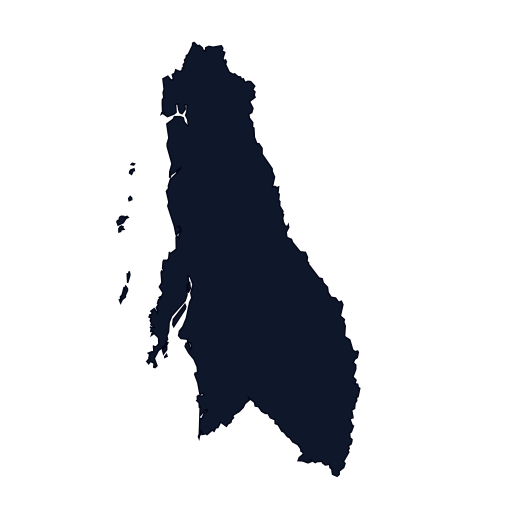 the district of Dawei, Tanintharyi, Myanmar, rotated 17°
{"feature_id": "60261553B72281625520368", "entity_name": "Dawei", "entity_type": "district", "adm_level": 2, "iso_a3": "MMR", "parent_name": "Myanmar", "parent_adm1": "Tanintharyi", "projection": "mercator", "projection_center": [98.324, 14.189], "detail": "fine", "context": "isolated", "style": "filled", "palette": "ink", "viewbox_px": 512, "rotation_deg": 17, "n_neighbors": 0, "source": "geoboundaries", "source_scale": "gbopen_adm2", "svg_char_len": 6139}
<svg xmlns="http://www.w3.org/2000/svg" viewBox="0 0 512 512"><g transform="rotate(17 256 256)"><path d="M119.1,109.8L115.2,113.8L119.4,123.3L119.4,126.9L121.5,131.4L120.8,133.9L121.9,137.9L124.2,144.4L125.7,145.5L124.1,146.1L124.0,148.0L125.1,146.8L130.6,148.6L136.1,144.2L137.6,141.9L134.7,134.4L136.8,133.4L139.5,139.0L141.5,141.3L143.7,141.5L145.4,136.3L143.6,132.0L145.8,131.4L147.7,138.1L147.5,142.0L150.6,145.2L153.1,150.6L152.3,151.6L148.1,148.6L146.1,145.2L142.9,144.8L137.3,146.6L136.7,149.6L132.1,155.8L138.2,168.6L138.2,174.7L139.1,177.3L148.7,192.4L148.9,200.4L150.3,205.7L150.9,206.0L150.8,203.5L158.1,193.7L158.3,195.0L155.0,198.9L156.7,198.8L151.7,208.3L151.7,214.6L152.7,216.9L151.4,220.3L157.0,230.0L157.0,233.9L169.1,251.2L173.3,259.0L174.8,257.5L174.7,255.7L175.5,256.1L176.5,255.0L176.3,253.5L174.3,250.7L171.3,250.6L174.8,250.3L177.3,254.1L176.4,259.1L177.0,261.5L174.8,260.6L174.4,259.4L174.2,261.6L177.8,272.7L173.2,279.2L172.0,277.4L173.3,284.0L172.4,286.2L169.1,287.0L168.8,288.5L170.3,295.2L171.7,296.2L171.2,298.9L170.1,298.2L170.1,299.5L173.8,309.0L172.6,313.8L178.0,318.4L177.3,323.7L176.5,322.9L175.6,323.9L176.6,325.0L175.6,326.3L175.6,329.9L176.8,330.8L175.8,334.7L178.1,337.1L178.4,339.5L174.0,336.1L171.6,339.5L172.9,340.1L173.5,342.3L171.7,343.3L171.6,345.6L173.9,345.9L173.8,348.8L175.9,350.8L175.6,352.5L179.3,353.4L179.2,354.6L175.4,354.9L177.0,355.5L177.4,358.9L179.4,358.6L180.2,360.0L179.2,360.7L179.2,362.4L181.2,359.8L186.7,362.6L188.8,368.5L187.1,371.9L184.5,372.6L184.0,371.5L186.1,376.6L185.8,378.2L184.6,377.9L181.4,380.4L183.1,381.1L183.4,384.7L184.2,384.8L182.4,388.7L184.9,390.4L185.8,387.6L190.0,388.3L190.7,392.2L192.1,392.2L193.4,389.9L188.7,383.7L190.3,375.0L195.4,367.6L194.8,365.0L195.8,361.4L194.1,358.6L194.5,354.1L192.3,344.9L192.9,337.9L201.3,319.5L201.4,313.7L198.5,303.3L200.2,300.8L199.1,300.3L196.6,294.9L199.3,295.3L204.1,301.7L204.5,310.5L206.9,314.9L206.1,319.6L207.6,336.0L206.7,345.2L204.7,350.2L205.3,354.8L208.3,356.8L215.0,355.6L215.7,358.2L218.8,358.2L221.1,361.7L220.7,364.5L217.3,359.3L214.7,359.8L214.6,363.1L220.0,368.3L226.9,372.9L232.2,379.2L233.8,383.2L233.5,385.6L232.1,385.6L232.0,387.1L237.3,394.0L242.9,404.7L245.4,402.8L246.8,404.0L245.6,405.9L241.7,406.2L240.9,407.7L242.1,410.4L241.6,411.6L244.5,413.0L246.1,417.2L246.8,416.8L249.1,425.4L252.0,418.8L254.0,417.1L254.6,418.1L252.5,421.2L251.7,427.9L249.7,427.5L253.9,443.1L253.7,445.5L254.8,446.9L254.5,444.2L255.5,442.0L254.2,439.0L255.6,439.1L256.8,442.4L260.2,440.5L261.4,441.1L265.0,435.3L267.2,435.9L267.6,432.4L269.7,431.1L270.7,425.1L277.5,427.5L278.2,424.9L280.6,422.4L280.4,420.0L281.8,417.2L280.5,416.2L281.0,414.5L285.4,409.6L288.0,404.6L288.6,400.4L291.8,395.4L290.5,393.7L297.4,396.4L299.1,399.7L302.4,399.3L306.9,402.9L310.9,403.8L313.5,403.0L317.0,406.5L322.1,407.0L323.3,410.6L326.6,410.9L331.8,415.9L334.5,416.3L338.8,419.5L341.5,419.9L345.5,423.0L351.1,424.1L354.9,427.0L356.3,429.7L357.7,429.6L359.3,431.5L356.3,436.1L356.1,439.4L360.4,438.3L366.2,438.6L368.8,436.5L368.2,435.2L373.2,436.2L374.4,434.8L379.4,433.0L380.2,434.4L383.4,435.6L387.2,433.7L388.7,436.8L390.7,437.5L393.0,442.3L398.0,442.9L399.4,440.5L398.4,437.4L401.7,432.7L401.8,428.4L399.7,426.9L402.1,416.3L400.6,415.1L401.4,413.0L399.8,410.2L401.7,408.5L401.9,406.2L401.5,403.5L399.0,402.3L397.3,398.0L398.6,396.3L398.9,390.1L397.2,389.4L393.4,384.4L396.1,382.3L392.5,375.4L394.8,373.0L393.7,367.8L394.6,365.0L393.4,362.0L394.7,360.7L393.9,352.2L392.2,351.8L390.7,348.9L388.0,349.3L387.9,345.4L384.0,343.3L384.5,335.1L383.2,331.0L380.2,329.6L380.5,326.0L382.5,323.5L382.0,318.1L381.0,317.2L378.5,318.6L375.9,317.5L370.2,308.8L364.2,307.1L361.8,296.9L359.2,293.4L359.1,290.9L354.2,288.8L353.3,277.1L350.8,274.3L348.6,276.2L344.4,272.9L339.8,273.5L335.6,269.7L333.5,265.0L328.1,262.0L325.9,258.4L322.6,258.6L308.4,248.4L308.4,247.3L306.2,246.0L305.6,242.2L302.2,238.1L297.0,239.1L287.1,232.4L285.0,229.7L280.1,229.3L277.9,224.5L278.9,219.1L277.8,216.9L277.6,218.5L275.2,218.9L272.2,215.6L270.4,211.9L270.2,208.2L268.7,207.8L268.8,205.5L264.0,201.2L262.8,196.8L261.3,196.1L260.1,190.1L258.6,189.7L257.4,183.4L256.1,184.6L253.7,183.9L251.5,185.4L250.6,175.0L246.7,170.3L245.9,167.8L232.0,156.8L230.3,151.2L225.9,147.7L224.0,148.4L219.7,142.9L216.6,134.3L215.0,133.9L213.8,129.3L209.4,126.1L207.6,122.5L210.0,120.1L209.9,115.6L204.6,110.2L208.7,104.4L207.2,102.7L207.0,99.3L204.2,97.9L205.1,93.9L199.9,90.8L197.2,91.3L194.8,93.3L192.0,90.2L190.6,91.4L188.8,89.3L186.4,89.8L182.3,88.0L181.0,89.0L176.7,88.1L170.8,81.6L170.9,80.2L169.8,79.8L170.8,78.8L169.5,77.4L167.8,78.6L166.6,76.7L166.6,70.4L163.7,70.0L163.5,67.0L161.4,65.1L153.9,68.9L149.6,69.3L147.1,71.5L147.7,74.8L145.4,74.8L143.6,72.6L140.2,71.1L138.8,72.2L134.4,69.9L133.2,71.0L133.8,73.2L132.3,83.1L130.8,84.7L131.4,87.4L130.3,89.3L131.6,91.6L130.5,94.2L131.8,97.1L130.7,97.7L131.1,100.3L129.1,101.9L124.8,101.4L124.9,105.1L122.9,106.9L125.3,111.0L124.3,112.1L123.2,112.6L119.1,109.8ZM198.0,347.6L203.8,327.3L203.6,324.8L202.2,323.1L195.5,340.7L196.5,346.0L198.0,347.6ZM142.6,324.8L140.2,322.9L139.9,325.9L139.0,324.3L139.4,332.3L138.3,334.7L139.4,337.5L138.2,337.9L140.3,340.5L140.8,336.9L143.1,333.4L142.5,331.7L143.2,326.5L142.6,324.8ZM120.7,258.1L122.5,256.5L121.1,255.8L118.5,257.6L117.9,256.8L115.5,257.4L114.3,258.9L114.6,262.3L113.2,262.6L113.0,264.0L115.1,266.8L119.3,263.0L120.7,258.1ZM196.2,376.7L198.0,371.8L197.2,368.9L196.4,368.7L193.7,372.6L196.2,376.7ZM141.1,319.2L141.0,311.1L139.3,307.7L139.3,310.1L138.1,310.8L141.1,319.2ZM120.4,267.0L118.6,266.7L117.5,267.8L116.9,270.1L117.9,273.1L119.4,272.1L119.3,270.4L121.9,269.1L120.4,268.3L120.4,267.0ZM202.0,310.2L202.7,306.2L200.8,302.1L199.2,303.4L201.1,309.8L202.0,310.2ZM113.1,214.3L113.7,210.3L114.7,209.9L113.8,208.3L111.0,210.4L110.6,212.1L110.8,213.6L112.3,214.1L113.1,214.3ZM118.5,240.2L120.7,238.4L120.1,236.8L118.3,235.9L117.4,238.2L118.5,240.2ZM112.9,203.5L110.6,203.5L109.9,205.0L112.3,204.8L112.9,203.5ZM198.4,379.6L200.3,378.0L199.2,376.4L198.2,378.9L198.4,379.6ZM195.6,364.5L195.6,366.2L196.7,367.2L197.1,364.6L195.6,364.5Z" fill="#0f172a" stroke="#020617" stroke-width="1.5"/></g></svg>